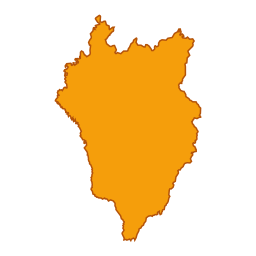 outline of João Pinheiro, Minas Gerais, Brazil
{"feature_id": "56859067B28201931947833", "entity_name": "João Pinheiro", "entity_type": "district", "adm_level": 2, "iso_a3": "BRA", "parent_name": "Brazil", "parent_adm1": "Minas Gerais", "projection": "equal_earth", "projection_center": [-45.971, -17.645], "detail": "fine", "context": "isolated", "style": "filled", "palette": "amber", "viewbox_px": 256, "rotation_deg": 0, "n_neighbors": 0, "source": "geoboundaries", "source_scale": "gbopen_adm2", "svg_char_len": 5674}
<svg xmlns="http://www.w3.org/2000/svg" viewBox="0 0 256 256"><path d="M99.3,15.4L95.9,17.8L95.4,18.8L97.7,22.3L99.6,23.5L99.6,24.3L95.7,25.4L95.3,25.9L96.4,26.7L96.4,27.3L95.7,27.8L93.6,27.7L93.4,28.1L94.7,29.4L93.2,29.3L92.9,31.0L90.4,33.8L91.3,36.7L91.2,38.1L89.7,40.1L88.6,42.4L89.5,45.1L90.5,45.2L90.6,45.7L90.0,50.2L90.3,53.2L89.8,54.7L86.8,56.7L85.4,55.2L84.5,54.9L83.0,51.8L81.5,51.0L80.5,52.2L80.3,57.7L79.7,57.1L79.5,58.6L79.0,58.9L76.4,58.7L76.8,59.9L78.4,61.9L78.1,62.9L76.6,62.8L76.6,62.3L77.5,61.8L77.2,61.2L76.7,61.2L75.9,62.7L76.5,64.0L75.4,64.4L74.8,65.2L74.0,64.4L74.0,62.8L73.2,62.8L73.0,64.6L71.9,65.4L71.4,65.1L71.1,63.5L70.8,63.3L66.7,63.7L65.3,65.7L65.3,66.9L65.6,67.2L65.8,65.8L66.8,65.2L66.9,66.0L68.1,66.9L68.0,67.5L66.8,69.1L64.7,69.8L64.0,71.0L65.2,71.5L65.0,73.8L65.5,73.6L65.7,72.9L67.2,73.0L67.4,73.4L66.9,75.3L65.0,74.8L64.7,75.1L64.7,75.7L65.8,77.6L64.9,78.4L64.8,79.1L66.0,80.8L65.1,81.7L65.1,82.3L66.7,84.2L67.0,87.5L66.8,88.0L66.0,87.9L65.2,87.2L64.1,87.6L62.3,90.6L61.4,89.8L60.0,90.1L59.5,89.7L58.8,90.8L57.9,91.0L58.0,91.7L57.4,92.4L58.0,94.3L58.7,94.7L58.9,95.3L57.7,95.2L57.4,95.6L57.7,97.5L56.5,98.6L55.4,100.3L55.5,101.0L57.3,101.7L56.9,102.5L57.2,103.0L57.7,102.1L58.2,102.3L58.0,103.6L58.3,103.9L58.7,103.2L59.6,103.9L59.7,104.8L60.2,104.8L60.2,105.9L60.9,106.2L61.0,107.4L61.5,107.6L62.0,107.1L62.7,108.6L64.6,108.9L65.3,109.5L65.2,110.3L65.6,110.7L65.8,112.3L66.6,112.1L67.0,112.9L68.3,112.7L68.5,113.2L67.1,114.0L68.0,114.4L68.5,116.4L69.1,115.6L70.0,115.6L71.0,117.6L70.9,118.2L72.0,120.0L73.0,119.4L72.3,118.3L72.7,117.8L72.7,118.4L73.5,118.8L73.8,120.1L73.5,121.1L73.7,121.6L74.9,120.9L75.3,120.0L75.5,121.3L76.0,122.0L75.8,123.5L76.2,123.6L77.2,122.4L77.9,122.7L77.7,124.0L78.7,124.6L78.9,125.2L78.3,126.0L78.3,126.5L79.4,127.3L81.3,131.3L80.3,133.2L80.9,135.2L80.1,135.9L82.3,138.7L82.6,139.7L83.9,139.8L85.4,140.8L84.1,141.4L84.0,143.1L84.6,143.4L85.1,143.0L85.7,141.9L86.3,142.3L86.6,145.2L84.3,147.9L87.1,151.9L87.6,153.7L87.3,154.9L87.8,155.0L88.0,155.5L88.5,158.3L88.4,159.4L88.8,161.1L89.5,162.0L89.6,163.8L90.8,164.9L92.4,168.9L91.9,169.5L92.4,170.5L92.0,172.0L92.7,172.9L92.0,174.5L91.8,176.7L91.1,177.5L91.4,177.9L91.5,179.3L91.1,180.0L91.9,181.9L92.3,185.0L92.0,186.1L92.2,187.5L91.3,188.1L91.1,189.5L92.4,191.3L93.0,194.1L94.7,194.6L94.6,195.1L95.1,196.2L96.1,196.5L96.7,197.2L97.6,197.1L98.4,197.8L101.3,198.1L102.5,199.1L104.7,198.1L105.2,198.9L106.6,198.9L107.4,199.4L108.5,201.0L110.6,199.9L113.4,201.0L115.1,203.4L115.0,205.8L116.0,207.9L116.0,209.6L120.6,215.8L121.4,218.8L122.7,219.5L123.3,220.9L124.2,221.8L124.1,222.5L123.3,223.5L123.8,224.4L122.9,225.4L123.5,226.8L122.9,228.1L123.9,229.9L123.9,230.5L122.3,232.7L122.1,233.7L124.2,238.1L123.9,239.9L125.9,239.4L126.8,240.1L129.7,239.1L130.8,240.6L131.4,239.3L133.4,238.1L134.5,238.9L134.8,240.1L136.1,237.7L137.0,234.4L138.9,230.7L139.0,229.3L139.3,228.7L140.9,228.0L141.7,226.3L143.5,225.1L144.0,223.3L145.7,221.3L146.3,217.8L148.4,216.2L150.7,215.7L152.3,216.3L152.8,215.4L154.0,215.3L154.9,214.6L156.8,214.7L157.8,213.9L157.4,213.5L157.6,212.3L159.3,211.3L159.2,212.4L160.2,214.6L161.5,213.8L161.7,212.2L162.3,211.4L162.4,210.3L162.8,209.8L164.2,209.5L164.8,206.1L166.0,205.3L166.5,203.7L167.4,203.0L168.1,201.5L169.0,197.6L169.8,196.4L168.8,194.8L169.3,190.0L169.9,188.8L171.2,188.9L173.1,187.2L173.8,184.9L172.8,183.7L173.4,182.5L175.3,181.3L175.9,177.0L178.3,173.3L178.4,171.9L177.8,170.8L178.8,169.9L180.2,169.9L181.0,168.3L183.1,166.6L184.1,164.3L184.9,163.4L187.0,162.7L190.0,162.9L191.5,161.4L190.4,158.9L191.6,156.2L192.5,155.5L192.7,154.3L192.4,153.7L191.4,153.3L191.6,152.7L191.9,152.4L193.4,152.5L194.1,151.8L196.2,151.4L196.2,149.7L195.5,149.0L195.7,148.3L195.1,147.6L194.8,146.5L193.6,146.0L193.2,145.2L192.9,143.5L193.5,142.8L194.5,143.2L195.3,142.8L195.5,141.6L195.1,141.1L195.3,140.4L196.3,140.0L196.9,139.1L196.7,136.5L197.2,135.1L196.6,133.7L197.8,132.1L198.0,131.4L196.6,129.2L196.5,128.5L195.5,127.3L194.3,126.7L193.9,125.4L192.5,123.7L191.8,121.5L192.4,121.2L193.1,119.7L193.5,119.6L194.3,117.9L197.0,118.6L199.3,117.3L200.6,117.2L200.5,116.3L199.4,115.3L200.4,113.4L200.6,108.1L199.1,106.6L198.3,104.7L197.0,103.7L196.1,101.9L192.7,101.8L190.8,100.4L190.0,100.3L188.9,98.6L185.9,96.6L185.7,94.4L184.0,91.4L183.1,91.4L180.7,90.5L178.9,87.7L179.1,86.6L178.6,85.0L179.7,83.3L181.7,83.4L181.8,83.0L181.0,82.6L182.5,80.8L182.5,79.1L185.4,75.0L185.4,66.6L185.0,64.4L185.4,63.4L186.8,62.8L187.2,57.9L189.7,55.3L188.0,51.6L188.1,50.8L192.6,46.3L193.1,44.9L192.7,43.3L194.1,41.0L192.7,38.9L189.6,39.2L187.5,37.1L186.0,38.3L182.7,37.8L182.1,36.9L182.3,36.5L183.7,36.3L183.5,35.3L182.2,34.0L180.2,35.2L179.8,34.8L180.9,32.9L181.0,31.3L180.7,30.8L179.8,30.6L179.0,31.8L178.7,31.4L178.8,30.7L180.4,29.5L180.3,29.0L178.9,29.0L177.5,31.8L174.5,33.5L172.2,37.5L167.8,38.3L166.1,40.2L162.0,39.8L159.9,40.9L158.6,43.1L158.6,45.1L158.0,46.2L156.7,46.8L155.3,45.8L154.8,46.1L154.5,47.2L154.7,49.0L153.0,50.6L151.7,50.5L151.4,49.4L149.0,46.0L147.1,44.7L145.8,44.7L145.0,47.0L143.6,46.8L141.0,45.2L137.9,45.2L136.0,42.3L136.8,39.1L136.7,38.4L136.3,38.1L133.7,40.1L133.0,42.3L131.0,43.8L129.5,47.3L128.5,48.5L127.8,50.7L127.0,51.1L123.6,51.1L120.8,53.7L117.3,52.6L116.3,53.5L115.7,53.5L115.0,52.7L115.0,52.2L116.0,51.0L116.3,49.7L114.5,45.5L113.0,45.6L111.2,46.5L109.8,46.3L106.6,43.7L105.4,39.5L106.5,39.0L108.8,35.5L109.7,35.3L109.7,34.3L110.5,33.9L111.6,32.3L113.3,31.2L113.6,30.3L113.4,28.7L114.1,27.2L112.6,27.3L109.7,29.5L109.3,29.2L109.1,26.0L106.4,24.8L105.4,21.3L104.1,21.2L102.0,22.4L100.1,21.7L100.5,16.6L100.2,15.9L99.3,15.4ZM76.4,58.7L75.4,58.8L75.0,59.5L75.3,60.1L76.4,58.7Z" fill="#f59e0b" stroke="#b45309" stroke-width="1.5"/></svg>